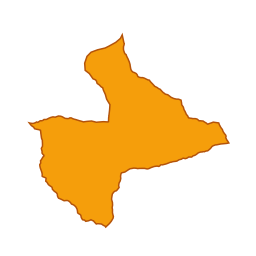 outline of Chang, Thimphu, Bhutan, rotated 168°
{"feature_id": "84629894B66092782557801", "entity_name": "Chang", "entity_type": "district", "adm_level": 2, "iso_a3": "BTN", "parent_name": "Bhutan", "parent_adm1": "Thimphu", "projection": "mercator", "projection_center": [89.678, 27.44], "detail": "fine", "context": "isolated", "style": "filled", "palette": "amber", "viewbox_px": 256, "rotation_deg": 168, "n_neighbors": 0, "source": "geoboundaries", "source_scale": "gbopen_adm2", "svg_char_len": 5380}
<svg xmlns="http://www.w3.org/2000/svg" viewBox="0 0 256 256"><g transform="rotate(168 128 128)"><path d="M170.4,35.7L169.5,36.3L167.0,37.8L165.9,38.5L163.7,40.3L161.4,42.8L161.2,43.3L160.7,44.4L160.8,46.5L160.8,48.4L160.1,51.6L160.1,53.3L159.1,55.8L158.7,58.4L158.9,61.6L158.6,62.7L157.5,65.6L157.3,65.9L157.1,66.5L156.8,67.0L156.1,67.5L155.4,68.1L154.6,68.7L153.5,69.0L152.5,69.0L151.4,69.7L150.0,70.9L149.1,71.6L149.1,73.7L148.2,76.0L146.6,77.9L145.6,80.1L145.3,82.4L144.6,84.2L144.2,84.9L143.5,85.5L142.3,85.5L140.1,85.6L137.8,86.5L136.0,87.2L134.5,87.7L132.3,87.6L130.7,87.6L128.3,86.9L127.1,86.3L125.2,86.1L123.2,85.7L120.3,85.1L117.8,84.0L117.0,83.9L115.8,84.0L113.6,84.5L112.1,84.7L110.4,84.9L108.8,84.8L107.5,84.7L105.8,84.0L104.8,84.3L103.9,85.1L103.1,85.1L101.9,84.8L99.1,84.9L97.7,85.0L95.8,85.3L93.6,85.7L92.9,85.6L92.5,85.6L91.9,85.7L90.4,85.7L88.3,85.5L86.9,85.5L84.8,86.3L82.1,86.4L81.1,86.9L79.8,86.9L79.2,86.5L78.2,86.1L77.4,86.2L76.8,86.2L75.9,86.5L75.4,86.7L74.7,87.0L73.8,86.8L73.3,86.7L72.8,86.6L72.2,86.4L71.5,86.5L71.0,86.7L70.1,87.3L68.8,87.3L67.5,87.6L65.5,88.5L64.4,89.1L63.7,89.2L62.0,89.4L61.2,89.3L60.6,89.1L59.7,89.3L59.3,89.2L58.1,88.9L57.4,89.1L56.7,89.2L56.0,89.2L55.5,89.2L54.8,89.1L53.6,89.7L52.1,90.5L50.6,91.6L49.8,92.4L48.5,92.9L46.6,93.2L45.7,93.3L44.8,93.1L42.9,93.1L40.7,93.1L34.6,92.4L32.5,92.4L33.1,94.2L33.8,95.7L34.4,98.2L33.8,99.5L33.9,100.7L34.7,102.2L35.3,103.6L35.8,105.0L36.0,107.0L36.4,107.7L37.2,109.5L37.5,110.7L37.9,111.9L38.2,114.1L40.1,114.8L43.1,115.9L43.5,116.0L45.2,115.7L46.5,115.6L47.9,115.4L48.7,115.2L49.1,115.2L49.5,115.3L50.2,116.4L51.8,117.8L53.1,119.2L54.4,119.6L55.1,119.8L55.6,120.0L57.0,120.3L58.0,121.7L58.5,122.3L59.6,122.9L60.3,123.2L62.1,123.6L62.9,123.8L63.7,124.2L65.2,124.7L65.6,124.9L66.0,125.1L66.7,125.4L67.1,127.4L67.3,127.8L68.1,129.2L68.4,130.8L68.8,132.5L69.4,134.3L69.5,136.7L69.6,137.1L70.6,139.6L70.4,141.4L70.3,144.2L72.1,145.4L72.9,145.8L74.0,146.0L74.9,146.3L77.2,147.4L78.4,148.3L79.5,149.1L80.9,150.8L82.2,152.3L84.4,153.3L85.1,154.2L85.5,154.7L85.9,155.0L86.3,155.4L86.4,155.7L86.9,156.4L88.5,159.2L89.7,160.0L90.4,160.7L90.9,161.4L91.7,162.0L92.2,162.5L93.4,163.3L93.4,163.7L94.1,164.8L94.9,166.2L95.5,167.1L96.3,168.4L96.8,169.4L97.1,170.3L97.7,170.6L98.5,170.9L100.8,172.7L101.5,173.3L102.1,173.6L103.1,174.2L104.9,174.6L106.5,175.3L106.9,175.7L107.7,176.3L107.9,178.0L108.6,179.5L110.1,180.8L111.6,181.7L112.5,183.0L112.8,184.0L113.0,184.7L113.0,186.2L112.9,188.4L112.9,188.8L112.8,189.6L113.0,192.4L113.4,194.4L113.6,195.6L113.7,195.9L114.1,197.3L114.3,198.3L114.5,198.9L114.5,199.9L114.7,200.3L114.9,200.6L115.6,201.3L115.8,202.3L116.0,203.7L116.1,204.4L116.1,205.9L115.5,208.5L115.1,209.2L114.6,210.1L114.1,211.4L114.2,211.8L114.3,212.3L114.3,217.1L114.3,220.3L116.8,217.2L122.2,214.3L129.8,212.0L133.7,211.0L141.5,210.8L148.4,209.8L153.2,206.6L156.9,200.4L157.9,193.3L154.5,189.3L152.0,183.4L149.7,181.8L149.1,180.4L148.9,178.0L147.1,176.1L145.6,173.7L144.4,172.7L144.2,170.2L143.2,165.6L142.9,160.7L141.8,157.4L140.8,154.6L142.1,150.0L143.8,144.9L144.1,144.3L144.4,143.0L144.8,142.1L145.2,140.4L145.5,139.3L145.8,138.2L146.8,138.2L150.7,139.3L155.9,140.0L157.8,140.2L159.9,141.3L160.8,141.7L162.2,142.4L164.4,142.7L166.7,143.0L169.4,143.2L170.2,143.2L171.1,143.7L172.2,144.3L173.0,144.7L174.3,145.4L176.1,146.4L177.3,147.1L178.4,147.6L180.3,148.7L181.2,149.6L182.8,150.0L183.8,149.6L185.4,149.8L187.7,150.6L189.2,152.0L190.3,152.9L191.6,153.6L193.5,154.2L195.8,153.9L196.9,153.7L199.1,154.5L201.4,154.4L203.5,154.0L205.6,153.4L206.4,153.4L207.5,153.6L208.4,153.8L209.5,153.2L210.9,153.0L211.9,153.3L212.8,153.2L213.6,152.8L215.0,152.3L216.2,152.9L217.3,152.5L218.9,152.2L220.4,152.3L222.5,153.0L223.5,153.5L222.9,152.2L222.6,151.6L222.3,151.0L222.0,150.5L221.7,150.1L221.1,149.5L220.5,148.8L220.1,148.5L219.9,147.8L219.7,147.3L219.6,146.8L219.4,146.6L218.9,146.4L218.1,146.0L217.3,145.6L216.3,145.2L215.4,144.8L214.1,144.0L214.1,143.5L214.2,142.8L214.2,142.1L214.3,141.3L214.4,140.6L214.4,140.0L214.5,139.3L214.5,138.6L214.6,137.9L214.6,137.2L214.7,136.5L214.7,136.0L214.6,135.3L214.5,134.7L214.3,133.8L214.5,133.0L214.6,132.3L214.7,131.7L214.8,131.1L214.9,130.5L215.0,129.9L215.2,129.1L215.3,128.5L215.5,127.8L216.0,127.3L216.4,126.8L217.0,126.1L217.0,125.5L217.0,125.0L217.0,124.3L216.9,123.6L216.9,123.2L217.0,122.6L217.2,121.8L217.3,121.3L217.0,120.7L216.7,119.9L215.9,118.8L216.4,117.7L217.3,117.3L219.3,115.0L220.3,114.3L220.7,111.8L221.9,110.6L222.1,109.4L222.1,107.2L221.5,102.6L221.5,100.7L222.0,98.7L221.6,98.2L218.8,96.3L218.6,95.5L219.1,94.4L219.5,93.0L218.6,91.9L218.0,90.3L217.7,89.3L216.7,88.0L216.0,87.4L214.7,85.9L214.6,85.5L214.6,84.8L214.7,83.9L213.6,82.0L213.2,81.4L211.6,79.7L210.9,78.1L211.1,76.4L211.0,75.3L210.5,73.8L207.8,71.9L205.9,70.3L205.0,70.0L203.8,70.0L202.1,69.6L201.1,68.8L200.2,67.7L199.5,66.4L199.1,65.4L197.9,64.6L197.1,64.0L196.7,63.5L196.0,62.6L195.3,61.4L195.0,60.3L194.7,59.2L194.7,58.5L194.7,57.4L194.9,55.5L194.2,54.5L193.5,54.0L192.9,53.4L192.4,52.7L192.3,52.0L192.3,50.0L191.8,48.5L191.6,47.9L191.1,47.4L189.9,47.1L189.3,46.5L189.0,45.8L188.7,45.5L187.6,45.5L186.3,45.4L185.3,45.6L184.5,45.6L183.3,46.0L182.6,45.4L182.1,44.9L181.1,44.4L180.4,43.0L179.5,41.5L179.0,40.7L178.2,40.8L176.3,40.4L175.5,40.1L174.2,39.7L173.5,39.2L173.0,38.6L172.2,37.8L171.0,37.0L170.4,35.7Z" fill="#f59e0b" stroke="#b45309" stroke-width="1.5"/></g></svg>